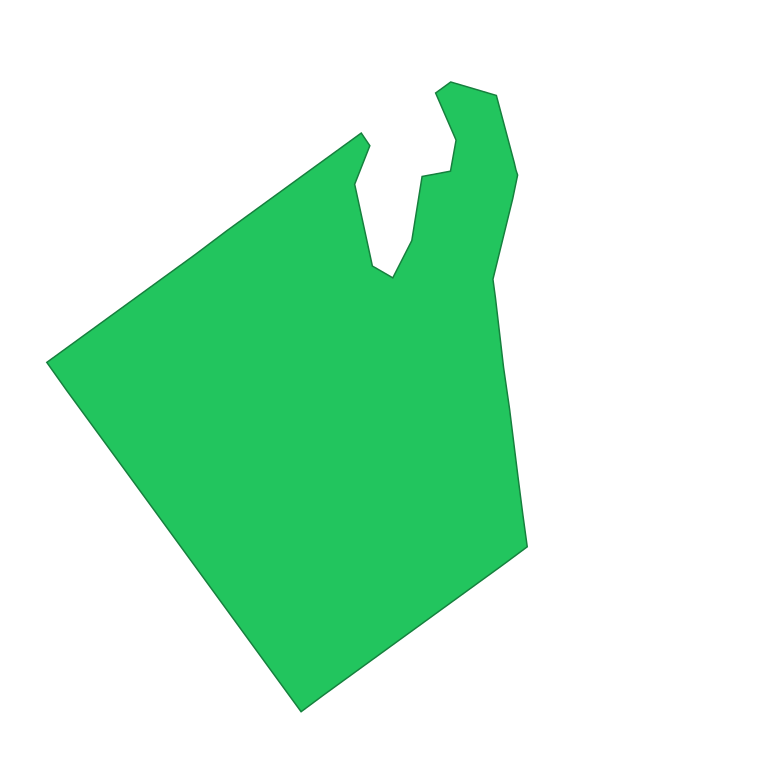 Baltimore, Maryland, United States of America, rotated 234°
{"feature_id": "52423323B61620821136351", "entity_name": "Baltimore", "entity_type": "district", "adm_level": 2, "iso_a3": "USA", "parent_name": "United States of America", "parent_adm1": "Maryland", "projection": "natural_earth1", "projection_center": [-76.591, 39.285], "detail": "fine", "context": "isolated", "style": "filled", "palette": "green", "viewbox_px": 768, "rotation_deg": 234, "n_neighbors": 0, "source": "geoboundaries", "source_scale": "gbopen_adm2", "svg_char_len": 699}
<svg xmlns="http://www.w3.org/2000/svg" viewBox="0 0 768 768"><g transform="rotate(234 384 384)"><path d="M388.2,524.8L404.7,533.7L458.3,597.1L474.5,614.9L479.5,616.5L486.6,619.5L551.4,644.5L589.1,615.5L589.1,596.8L540.5,586.0L538.9,585.6L517.2,563.0L517.1,562.9L529.5,536.8L483.7,490.8L481.8,487.1L464.8,453.7L464.7,453.5L485.9,444.1L486.2,443.9L500.7,450.3L562.7,477.6L562.8,477.6L585.1,512.6L600.4,513.1L600.4,347.2L599.7,307.5L599.7,173.0L599.7,170.1L599.7,123.9L565.3,123.5L504.0,123.7L474.9,123.8L370.2,124.0L167.6,124.3L167.9,151.5L167.9,176.5L167.8,375.9L168.1,404.2L197.0,419.7L231.0,438.3L290.0,470.9L327.2,490.5L388.2,524.8Z" fill="#22c55e" stroke="#15803d" stroke-width="1.5"/></g></svg>